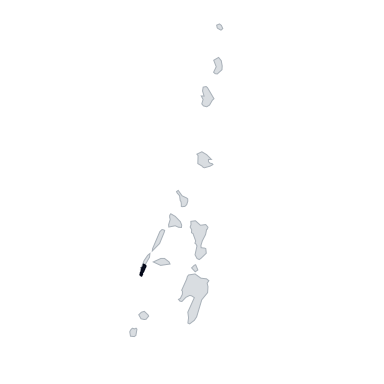 location of North Maewo, Vanuatu, rotated 215°
{"feature_id": "77236927B797015037992", "entity_name": "North Maewo", "entity_type": "district", "adm_level": 2, "iso_a3": "VUT", "parent_name": "Vanuatu", "parent_adm1": "", "projection": "albers", "projection_center": [168.089, -15.01], "detail": "fine", "context": "in_parent", "style": "filled", "palette": "ink", "viewbox_px": 384, "rotation_deg": 215, "n_neighbors": 0, "source": "geoboundaries", "source_scale": "gbopen_adm2", "svg_char_len": 3962}
<svg xmlns="http://www.w3.org/2000/svg" viewBox="0 0 384 384"><g transform="rotate(215 192 192)"><path d="M126.5,91.2L129.5,106.8L132.9,106.7L134.6,105.9L136.6,102.2L137.5,96.5L139.3,95.7L141.5,96.3L140.5,98.1L141.2,102.7L142.9,105.2L144.1,105.6L146.4,117.6L147.3,120.1L147.2,122.1L142.5,126.6L135.3,126.5L130.3,129.2L127.3,129.0L127.3,126.0L124.6,123.6L121.5,118.5L122.2,109.3L116.6,92.4L116.5,88.2L118.3,82.6L120.2,82.3L122.7,87.0L126.5,91.2ZM157.0,150.7L159.0,151.7L160.2,151.7L160.9,154.0L167.3,158.5L169.1,158.4L170.6,160.9L173.4,162.2L174.1,164.7L176.1,167.3L172.7,170.4L166.0,169.6L162.1,173.2L158.7,172.3L158.1,170.4L158.6,169.8L156.5,165.0L155.5,157.8L154.1,153.5L152.6,151.6L149.4,153.3L148.2,153.5L145.2,150.0L146.6,142.9L147.3,140.8L149.7,140.4L153.5,142.3L157.0,150.7ZM243.0,284.3L240.9,286.5L239.1,286.3L227.5,281.0L228.0,278.8L227.5,273.3L228.8,270.3L232.0,269.1L234.5,269.8L236.0,274.2L239.5,276.0L237.1,277.5L241.3,280.8L243.0,284.3ZM203.5,218.6L207.9,225.3L209.7,225.8L207.0,230.6L201.4,231.0L194.8,229.8L197.2,228.1L195.9,226.3L194.0,225.9L191.7,226.8L190.6,226.5L192.1,223.4L195.7,219.0L196.8,218.7L197.8,218.7L198.8,219.0L203.5,218.6ZM196.9,162.0L191.7,162.4L184.5,161.0L181.5,159.0L180.3,156.9L182.8,155.4L186.4,154.7L190.9,150.0L192.4,151.8L194.1,157.0L195.9,158.6L196.9,160.2L196.9,162.0ZM249.8,312.4L247.4,317.5L243.3,316.3L239.6,312.6L237.6,309.4L239.0,303.2L240.9,302.2L243.0,302.5L244.0,308.5L249.8,312.4ZM193.1,144.8L192.3,144.8L191.6,142.7L189.0,131.2L190.7,120.9L191.8,123.1L195.6,141.1L195.0,144.1L193.1,144.8ZM203.6,182.7L204.9,183.4L204.2,185.4L198.0,183.2L193.0,184.0L191.6,183.9L190.2,182.1L189.1,178.6L189.6,176.1L191.7,174.3L192.5,174.1L194.0,176.2L195.4,177.7L196.8,178.3L200.0,181.8L203.6,182.7ZM179.4,119.7L176.4,121.8L170.8,121.6L168.7,120.4L175.6,113.9L183.6,112.5L179.4,119.7ZM164.5,64.5L162.6,66.9L157.5,66.1L156.3,65.5L156.6,61.5L157.9,60.2L161.0,58.9L165.2,60.9L164.5,64.5ZM160.1,47.9L159.5,48.4L158.4,48.0L155.7,42.3L156.4,40.4L159.7,38.6L162.8,41.8L163.1,43.5L163.0,45.0L162.6,46.3L160.6,46.8L160.1,47.9ZM192.0,114.6L191.2,117.5L189.4,114.2L188.2,100.0L188.7,98.7L189.6,98.6L191.9,108.4L192.0,114.6ZM267.5,342.8L265.9,345.4L263.5,345.3L260.5,343.5L261.1,341.2L264.6,340.8L265.6,341.0L267.5,342.8ZM148.1,133.3L147.3,134.5L142.5,131.5L143.6,128.5L148.8,129.6L148.1,133.3Z" fill="#d9dde1" stroke="#a8b0b8" stroke-width="1"/><path d="M189.9,105.0L190.1,105.0L190.1,104.9L190.1,104.6L190.0,104.4L189.9,104.4L189.7,104.3L189.8,104.2L189.7,104.1L189.7,103.9L189.6,103.7L189.6,103.4L189.5,103.2L189.4,103.2L189.3,102.9L189.3,102.7L189.2,102.6L189.2,102.4L189.3,102.3L189.3,102.2L189.2,102.1L189.0,101.9L189.1,101.7L189.3,101.6L189.3,101.4L189.2,101.3L189.2,101.2L189.3,101.1L189.2,101.1L189.3,101.0L189.2,101.0L189.2,100.9L189.1,100.7L189.0,100.4L188.9,100.2L188.7,100.1L188.7,99.9L188.5,99.7L188.4,99.6L188.5,99.5L188.5,99.4L188.4,99.3L188.5,99.2L188.4,99.0L188.4,98.9L188.4,98.7L188.3,98.4L188.2,98.3L188.2,98.2L188.1,97.9L188.1,97.7L188.0,97.4L187.9,97.2L187.8,96.9L187.9,96.7L187.9,96.4L187.7,96.3L187.7,96.2L187.6,95.9L187.5,95.7L187.4,95.5L187.4,95.4L187.2,95.2L187.2,94.9L187.2,94.7L186.9,94.5L186.8,94.4L186.7,94.3L186.4,94.5L186.3,94.4L186.2,94.4L185.9,94.4L185.7,94.2L185.4,94.2L185.4,94.3L185.2,94.5L185.2,94.8L185.3,95.0L185.5,95.3L185.4,95.3L185.5,95.5L185.6,95.8L185.5,96.0L185.8,96.1L185.8,96.3L185.9,96.5L186.0,96.5L186.0,96.8L186.1,97.0L186.1,97.3L186.2,97.5L186.1,97.8L186.1,98.0L186.2,98.3L186.1,98.5L186.1,98.8L186.1,99.0L186.1,99.3L186.3,99.5L186.5,99.7L186.5,99.8L186.4,99.8L186.4,100.0L186.5,100.0L186.5,100.3L186.6,100.5L186.5,100.8L186.5,101.0L186.6,101.3L186.6,101.5L186.7,101.8L186.7,102.0L186.8,102.1L186.9,102.3L186.9,102.5L187.0,102.7L187.0,102.8L187.1,103.0L187.0,103.3L187.0,103.5L187.1,103.8L187.0,104.0L187.1,104.3L187.3,104.4L187.3,104.5L187.4,104.9L187.5,105.0L187.9,105.2L188.3,105.1L188.9,105.1L189.6,105.1L189.9,105.0Z" fill="#0f172a" stroke="#020617" stroke-width="1.5"/></g></svg>